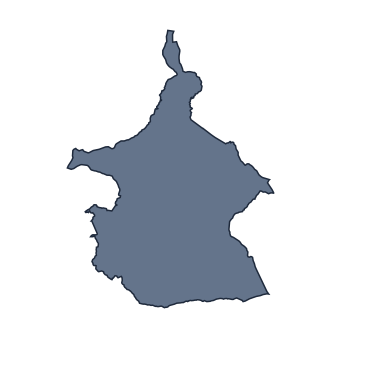 San Pedro de Huaca, Carchi, Ecuador, rotated 35°
{"feature_id": "8360857B26572966022177", "entity_name": "San Pedro de Huaca", "entity_type": "district", "adm_level": 2, "iso_a3": "ECU", "parent_name": "Ecuador", "parent_adm1": "Carchi", "projection": "albers", "projection_center": [-77.722, 0.622], "detail": "fine", "context": "isolated", "style": "filled", "palette": "slate", "viewbox_px": 384, "rotation_deg": 35, "n_neighbors": 0, "source": "geoboundaries", "source_scale": "gbopen_adm2", "svg_char_len": 6079}
<svg xmlns="http://www.w3.org/2000/svg" viewBox="0 0 384 384"><g transform="rotate(35 192 192)"><path d="M296.7,252.5L298.2,250.7L300.4,246.4L304.6,240.6L307.4,237.7L309.0,235.3L311.8,232.4L313.4,231.6L310.5,230.6L289.3,218.6L286.6,217.0L284.2,214.9L281.4,213.1L279.1,210.8L278.0,210.8L277.1,211.2L276.5,212.4L275.1,212.9L274.5,212.6L273.8,212.0L272.2,209.1L270.3,208.3L269.3,207.2L268.4,206.9L266.2,206.5L262.6,206.5L260.2,205.5L258.7,205.2L252.4,205.4L250.9,205.6L250.2,205.9L248.7,205.8L246.7,204.2L246.0,203.1L244.8,202.5L243.7,201.5L239.8,194.7L239.8,191.8L240.2,189.9L239.7,188.4L239.6,185.8L240.3,184.2L241.8,182.5L242.0,181.7L244.6,179.1L244.3,177.8L245.0,176.6L244.5,175.6L245.5,173.1L245.5,171.8L245.1,170.8L245.3,169.9L245.1,168.7L246.1,166.1L246.0,165.1L246.2,163.0L246.8,162.2L247.6,161.8L247.2,161.0L247.3,160.5L246.8,157.9L247.3,155.9L247.2,152.1L248.5,151.4L250.3,151.3L252.0,149.9L255.7,149.5L257.0,147.6L258.2,146.7L259.2,146.4L259.5,146.1L259.3,145.8L256.1,144.1L248.6,141.2L248.2,138.3L248.4,137.4L241.5,139.7L239.6,139.8L236.9,139.5L232.8,137.5L230.3,137.5L228.0,136.7L225.7,136.3L223.5,136.5L222.8,136.3L221.8,136.7L221.2,137.2L220.7,138.0L220.5,139.3L219.9,139.6L216.2,138.6L214.2,138.5L208.6,135.3L207.0,133.0L203.5,131.5L201.1,129.1L199.1,128.8L198.0,127.8L197.6,127.6L196.6,127.9L195.5,129.4L194.8,128.7L194.3,128.8L193.7,130.8L192.6,131.8L191.9,133.2L179.7,134.1L174.9,134.1L164.5,133.6L164.5,133.8L149.6,133.4L147.4,131.7L147.3,130.1L146.7,129.0L146.1,128.4L146.1,127.3L144.4,126.8L143.7,126.2L143.7,125.5L144.4,123.6L143.9,123.3L142.3,123.5L141.6,123.4L141.3,122.5L139.9,121.8L139.9,120.6L138.8,120.3L138.4,120.0L138.7,119.3L138.5,118.5L137.5,117.0L137.9,116.2L137.2,115.8L137.1,115.4L137.5,114.7L138.5,115.1L139.3,114.0L139.2,113.5L138.5,113.0L139.1,111.1L138.5,109.9L139.7,108.7L140.0,107.5L139.9,106.4L140.9,105.0L141.2,103.3L139.5,99.6L137.4,98.6L137.1,97.1L136.7,96.5L135.6,95.8L134.0,95.3L132.4,94.0L129.8,94.6L128.4,93.9L127.9,92.9L125.6,92.6L124.8,93.2L122.0,94.3L120.9,94.9L119.5,96.0L118.1,97.7L115.4,98.3L113.5,96.5L109.7,93.9L107.8,93.4L104.8,90.1L103.3,87.9L101.2,83.6L100.3,82.5L96.4,80.3L93.1,77.8L90.4,80.3L89.2,79.0L85.7,74.1L84.9,70.8L79.5,73.5L81.0,76.7L81.8,79.2L85.0,83.2L85.2,83.9L85.1,85.2L86.2,88.3L86.9,92.8L89.2,96.1L90.5,96.9L94.4,98.6L97.2,100.9L99.4,101.8L101.4,102.3L104.6,102.4L106.1,102.2L109.1,103.1L110.3,103.0L112.1,103.9L112.5,104.4L112.4,105.5L111.3,107.0L109.7,111.3L108.0,113.5L108.1,116.7L108.4,118.4L108.9,119.0L109.1,120.4L109.5,120.8L109.4,122.1L109.6,122.5L110.4,122.9L110.5,123.7L110.2,125.6L109.4,126.0L109.3,126.4L110.1,128.2L110.1,129.4L109.8,131.1L110.0,131.4L111.0,131.6L111.8,132.2L113.1,134.2L114.3,134.2L114.4,134.4L114.4,134.7L113.8,135.2L113.6,135.6L114.0,136.5L113.9,138.1L114.5,139.2L114.3,140.4L114.5,141.2L114.1,142.1L114.5,142.9L115.2,143.3L116.1,143.4L115.5,144.3L114.5,144.7L114.4,145.4L116.3,150.0L115.0,152.3L114.8,153.2L115.5,155.6L117.4,158.0L117.5,158.4L116.9,160.2L117.6,161.4L117.0,162.8L117.1,165.4L116.8,167.7L115.4,170.0L115.4,170.6L115.8,171.1L114.7,173.4L114.8,174.8L114.5,176.9L113.1,178.9L112.9,180.5L111.4,182.6L110.8,184.2L109.9,185.9L109.1,186.4L107.2,189.1L104.6,190.9L102.4,195.9L102.3,197.0L103.0,200.2L102.3,201.9L101.2,202.6L97.5,202.9L95.3,204.7L91.5,210.2L87.3,214.7L85.2,218.7L84.5,219.5L80.5,220.6L79.4,220.5L78.2,220.0L77.3,221.0L75.9,223.0L72.9,223.3L71.8,223.0L70.8,224.7L70.6,226.3L73.4,231.0L74.6,231.9L74.9,232.6L75.4,235.3L75.6,241.3L76.1,243.8L80.0,242.7L81.7,240.6L83.2,236.7L85.1,233.6L86.0,232.8L90.8,230.3L91.9,230.2L93.9,230.7L96.1,231.6L97.1,231.6L100.2,230.5L101.3,229.9L103.7,229.3L105.2,228.5L108.1,228.2L109.1,227.7L112.7,227.0L114.8,225.6L117.3,224.8L118.0,225.0L119.9,226.2L124.0,226.7L127.7,228.8L129.0,229.9L131.1,231.0L132.0,232.1L133.1,235.8L133.6,236.4L134.3,236.7L135.6,236.1L136.3,237.5L136.1,238.2L134.9,239.8L134.6,240.5L135.3,242.3L135.1,243.7L135.6,245.1L136.3,245.8L137.7,245.6L138.0,245.9L137.1,247.2L137.2,253.5L133.9,255.1L133.0,255.9L131.9,255.0L131.2,254.8L128.2,256.1L127.6,257.0L126.8,257.0L124.8,258.0L122.5,258.5L122.1,257.9L121.0,257.5L119.5,258.3L118.9,259.1L119.0,260.5L118.2,262.0L117.9,264.5L116.8,266.5L116.0,268.7L116.2,269.2L116.0,269.5L116.8,269.7L118.0,268.4L118.9,268.3L119.0,266.2L120.7,267.1L121.7,266.8L122.6,265.9L123.0,266.2L125.0,266.5L126.0,267.5L125.4,269.5L126.3,271.0L126.1,273.5L126.5,273.2L138.1,280.3L138.5,280.9L138.5,281.4L137.3,282.7L135.9,283.5L135.1,284.2L134.6,285.4L134.6,286.8L136.4,285.5L137.2,284.4L138.0,284.1L139.1,285.2L141.5,286.1L142.7,287.0L144.5,287.7L145.1,288.2L146.4,290.7L145.4,292.1L145.8,292.5L146.5,294.1L147.8,295.5L148.4,297.0L150.0,298.7L149.5,300.0L150.0,302.2L149.4,304.3L150.0,306.4L151.6,307.1L152.7,308.2L153.7,308.5L154.1,308.4L154.9,307.7L155.7,307.4L157.3,310.1L160.7,310.9L161.3,310.8L163.3,308.5L164.6,308.3L165.2,308.0L166.5,309.1L168.4,309.5L170.3,309.0L171.3,309.7L172.2,310.0L176.3,309.9L176.8,309.6L176.3,308.3L176.9,307.7L177.0,304.7L178.6,304.0L179.8,304.6L180.6,304.7L182.4,301.7L183.3,302.0L184.1,302.6L185.5,304.3L186.5,306.6L187.2,307.1L188.4,307.3L189.7,307.2L190.3,308.0L191.7,308.6L193.1,308.7L194.7,309.1L196.3,308.4L197.4,308.6L198.2,308.4L200.1,308.8L201.2,309.2L203.0,309.3L204.9,310.6L206.3,310.9L207.1,311.4L208.5,311.9L211.0,312.0L212.8,313.2L214.8,312.5L216.4,311.8L217.3,311.1L219.1,310.3L220.2,310.1L221.8,308.9L223.4,308.4L224.7,307.3L227.6,306.7L228.1,306.1L229.0,305.9L230.3,305.1L232.1,303.2L233.2,302.8L235.1,302.7L236.0,302.4L236.4,301.6L237.1,301.2L238.1,300.1L238.2,299.0L238.8,297.7L241.8,294.1L243.3,291.8L246.3,289.3L247.2,288.3L248.3,287.6L249.5,285.2L250.5,284.3L251.2,284.3L251.5,283.9L251.8,282.9L252.3,282.6L252.6,281.9L253.9,281.3L255.3,280.1L256.5,278.8L257.6,278.1L257.9,277.4L259.7,276.3L261.9,275.5L263.1,275.6L263.9,275.1L264.4,273.9L267.0,273.3L269.6,271.1L270.2,270.1L271.8,268.5L273.4,265.8L276.1,263.0L278.0,261.9L279.2,261.7L280.1,260.4L281.7,259.2L282.4,259.2L283.2,258.4L286.5,257.0L287.6,256.1L287.9,255.2L289.4,253.2L295.3,252.0L296.7,252.5Z" fill="#64748b" stroke="#1e293b" stroke-width="1.5"/></g></svg>